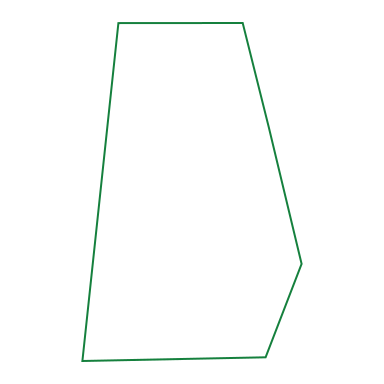 outline of Aswan City, Aswan, Egypt
{"feature_id": "37247803B88895964793077", "entity_name": "Aswan City", "entity_type": "district", "adm_level": 2, "iso_a3": "EGY", "parent_name": "Egypt", "parent_adm1": "Aswan", "projection": "natural_earth1", "projection_center": [32.989, 24.068], "detail": "fine", "context": "isolated", "style": "outline", "palette": "green", "viewbox_px": 384, "rotation_deg": 0, "n_neighbors": 0, "source": "geoboundaries", "source_scale": "gbopen_adm2", "svg_char_len": 208}
<svg xmlns="http://www.w3.org/2000/svg" viewBox="0 0 384 384"><path d="M265.6,357.3L301.6,263.9L268.8,127.3L242.7,23.0L118.4,23.1L82.4,361.0L265.6,357.3Z" fill="none" stroke="#15803d" stroke-width="2"/></svg>